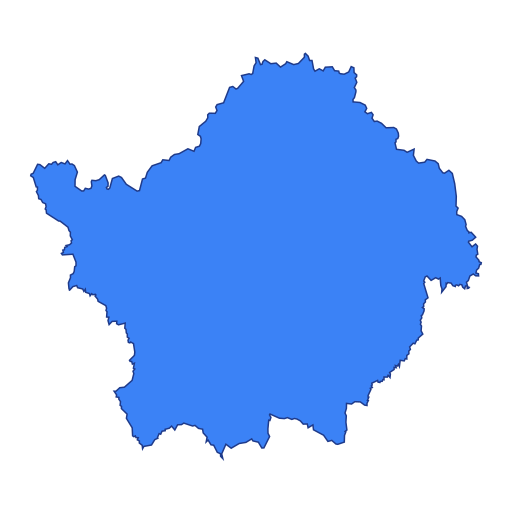 outline of San Sebastián del Oeste, Jalisco, Mexico
{"feature_id": "50627088B9683107212546", "entity_name": "San Sebastián del Oeste", "entity_type": "district", "adm_level": 2, "iso_a3": "MEX", "parent_name": "Mexico", "parent_adm1": "Jalisco", "projection": "equal_earth", "projection_center": [-104.835, 20.855], "detail": "fine", "context": "isolated", "style": "filled", "palette": "blue", "viewbox_px": 512, "rotation_deg": 0, "n_neighbors": 0, "source": "geoboundaries", "source_scale": "gbopen_adm2", "svg_char_len": 5988}
<svg xmlns="http://www.w3.org/2000/svg" viewBox="0 0 512 512"><path d="M452.3,173.4L448.9,170.3L444.5,173.2L442.8,172.8L439.3,168.3L438.2,163.7L435.0,161.0L427.0,159.4L424.7,162.2L418.6,163.1L416.3,161.1L413.4,155.4L414.1,149.1L407.1,152.3L404.1,150.3L396.5,149.3L395.0,142.8L396.0,141.9L396.0,139.3L397.8,138.5L398.6,136.2L398.3,133.1L396.4,129.0L393.7,127.5L386.1,127.8L381.5,123.3L377.1,121.1L374.3,121.5L372.0,118.2L373.1,114.8L371.4,112.4L367.4,113.7L364.9,111.8L366.7,108.4L365.2,105.1L360.0,102.5L353.1,101.9L353.0,99.4L354.4,97.7L355.9,91.9L355.9,90.0L354.3,87.6L356.8,82.3L355.2,78.1L356.6,76.7L356.7,74.9L354.1,72.6L353.9,67.8L351.2,66.6L348.7,72.0L344.2,74.2L340.3,73.7L339.2,73.0L338.7,71.1L334.6,70.7L332.3,66.8L325.3,67.2L323.2,70.9L319.3,68.8L315.0,71.2L313.6,69.0L312.0,60.5L309.6,60.5L308.1,56.1L305.4,53.4L304.4,54.2L304.4,57.2L298.4,63.5L293.7,64.6L286.8,61.7L285.7,63.7L280.5,67.1L276.2,63.1L270.8,63.7L264.8,59.8L263.0,61.5L262.0,64.3L260.5,64.6L257.9,58.2L255.4,57.5L256.1,62.7L254.1,65.9L252.7,73.5L251.2,74.5L249.1,73.8L241.5,75.6L243.6,81.4L237.6,88.4L236.0,89.0L232.8,86.5L229.6,87.4L223.6,102.8L217.1,104.6L215.7,107.0L217.0,110.5L215.3,113.3L209.3,113.2L207.7,114.8L207.8,117.8L205.7,121.3L199.3,126.5L197.8,134.5L200.4,136.3L201.1,138.9L200.7,143.6L199.4,146.2L195.6,147.4L194.0,151.3L187.9,148.8L179.1,153.7L174.4,154.5L170.7,157.2L169.1,160.5L162.8,159.8L161.1,162.7L152.1,165.8L147.3,172.3L145.5,178.1L142.5,179.0L139.5,190.6L137.1,191.1L126.3,184.3L121.5,177.5L118.7,176.1L112.4,178.5L109.8,188.0L108.4,189.3L107.0,189.0L106.4,187.4L108.0,186.3L108.1,182.9L105.3,175.4L104.4,174.9L99.2,179.7L95.8,180.7L91.9,180.3L91.3,181.8L91.9,185.9L91.0,188.3L88.6,189.1L85.3,188.3L83.7,190.9L81.7,191.0L75.0,186.3L75.1,179.7L77.4,172.1L74.4,165.6L72.0,164.0L70.0,164.2L67.5,160.6L65.0,163.9L61.2,162.5L57.8,164.8L55.7,161.7L53.1,162.5L51.5,164.3L48.8,163.8L44.7,168.3L39.9,164.6L37.6,164.3L33.2,173.3L31.1,174.2L30.7,175.8L33.3,177.5L36.2,186.9L37.5,187.1L37.4,190.3L36.4,191.6L38.4,195.5L38.7,198.7L41.0,199.5L42.7,202.5L45.6,203.8L46.1,206.7L45.2,209.0L46.1,209.8L46.5,213.2L58.6,221.0L60.1,221.1L68.0,227.2L69.0,230.6L70.4,232.2L70.3,235.9L72.3,239.7L71.1,240.7L71.5,243.0L69.6,244.7L66.1,245.5L67.1,246.6L64.7,247.4L64.4,249.8L62.8,250.1L63.4,252.5L61.4,253.4L62.4,254.9L72.9,254.2L76.0,262.1L76.0,265.8L74.7,266.7L74.2,271.4L73.2,273.6L70.4,275.1L70.5,277.7L68.4,282.9L69.0,288.9L69.7,289.3L69.2,290.6L72.9,286.6L76.7,285.5L77.6,287.7L82.7,289.0L83.9,291.4L85.3,289.3L85.7,292.3L89.5,293.6L90.1,295.8L91.7,293.7L92.8,294.7L95.4,294.3L95.9,295.0L95.1,296.1L97.6,299.1L98.1,301.3L105.8,305.6L106.6,308.2L106.0,310.5L107.0,311.7L106.6,317.0L108.9,317.2L108.0,320.6L109.1,324.6L112.1,321.4L116.8,321.2L116.6,323.7L118.5,324.8L125.2,323.1L124.8,328.2L126.0,329.4L126.3,332.9L127.3,333.9L127.3,337.1L129.1,338.3L128.0,340.2L128.4,342.4L129.9,342.9L130.7,342.0L133.5,343.6L134.8,352.1L134.4,355.4L129.5,360.3L130.1,361.4L131.7,361.5L132.4,364.1L134.4,363.2L133.4,368.3L134.8,369.0L133.0,371.2L133.8,373.6L132.1,380.4L124.4,387.2L119.8,387.7L116.0,391.2L114.1,391.2L116.6,394.9L116.2,396.9L118.9,397.4L118.8,399.1L120.5,401.6L120.1,405.3L121.5,406.4L121.4,408.6L127.1,414.1L126.4,418.3L132.2,427.8L132.6,435.8L133.9,436.7L135.3,435.9L136.0,437.6L138.2,437.7L137.3,439.8L139.4,441.0L139.3,443.0L142.2,445.3L142.6,448.7L143.9,446.4L151.5,445.0L154.8,439.6L157.9,438.2L157.5,437.4L159.1,433.6L160.7,434.2L162.0,431.2L165.2,430.7L165.1,429.3L169.3,428.2L171.6,426.1L174.8,430.0L177.6,424.8L181.5,424.6L183.8,423.1L192.6,426.0L195.0,425.4L198.5,428.4L202.6,429.2L203.2,432.9L207.1,437.2L206.2,441.9L208.1,440.1L211.0,444.8L213.7,445.2L217.3,452.3L220.5,453.7L220.6,456.3L222.8,458.6L221.7,453.9L225.9,444.2L231.2,448.2L239.2,443.5L245.9,442.4L251.7,438.9L252.9,440.9L258.4,442.2L261.8,448.0L263.9,447.9L269.6,436.5L268.0,433.3L267.9,428.9L268.7,420.2L269.9,420.5L270.9,417.4L269.5,414.9L270.0,414.0L279.4,418.2L284.4,418.6L287.4,417.6L291.8,419.4L294.4,418.5L296.9,419.0L300.4,420.9L303.2,424.1L307.3,424.0L308.1,427.8L312.9,424.9L313.5,429.8L323.6,435.2L327.9,441.4L331.8,440.4L335.9,444.0L337.8,444.3L344.3,442.1L344.5,435.4L345.8,431.9L345.1,431.4L346.9,430.0L345.9,422.2L346.3,415.8L345.0,413.0L346.4,408.4L346.5,403.4L351.6,404.0L354.8,401.7L360.3,401.9L364.6,405.1L367.0,405.5L367.0,403.3L368.3,400.6L367.4,400.4L368.8,397.2L368.1,397.1L368.1,395.5L370.9,389.5L370.3,388.3L372.3,387.5L371.3,385.9L372.2,385.0L371.8,383.2L377.6,380.4L378.0,382.1L379.9,382.5L380.4,381.4L382.2,381.3L382.9,379.6L384.0,379.8L384.0,377.0L387.3,377.1L388.1,375.3L390.0,377.5L390.4,374.0L389.6,372.5L394.1,369.5L394.1,367.4L396.2,367.7L395.4,365.5L397.5,366.0L398.4,364.3L399.4,366.5L400.2,360.3L404.2,360.9L405.3,358.6L406.8,359.0L406.8,355.4L408.9,353.8L408.8,351.1L410.4,349.4L409.6,346.9L413.2,343.2L414.9,343.8L416.7,340.2L418.2,339.9L418.3,338.0L422.8,334.1L421.1,330.8L421.5,326.0L420.4,324.3L421.1,322.2L420.3,320.2L421.8,317.9L421.3,315.6L422.4,314.9L424.0,311.0L424.2,308.8L422.4,307.5L423.7,306.5L423.6,303.8L425.4,302.0L425.3,299.8L428.0,297.8L423.7,283.5L424.8,282.2L423.7,281.0L425.2,276.9L427.0,276.0L431.1,280.4L435.7,277.7L438.5,279.1L440.2,278.0L440.8,285.5L442.0,288.9L441.7,292.2L446.0,286.7L446.2,283.5L446.7,284.0L447.7,282.6L451.1,283.1L452.9,285.7L455.3,286.5L455.5,285.3L456.8,284.9L458.6,285.8L459.8,284.4L461.8,284.8L462.7,287.2L464.7,288.8L465.5,286.0L467.2,285.8L467.2,288.5L468.6,288.2L469.2,287.4L467.8,286.9L466.4,282.2L468.3,280.6L469.9,276.0L473.3,274.0L475.7,275.8L478.6,275.9L478.4,273.7L475.9,273.0L476.6,270.0L478.6,268.2L479.7,264.5L480.9,264.4L481.3,262.7L479.1,261.7L478.9,260.3L476.0,256.9L476.3,255.1L477.8,254.2L477.0,249.3L477.5,246.2L475.6,244.0L472.0,246.8L468.4,242.2L468.7,241.2L472.3,240.2L475.7,237.2L471.2,232.3L468.8,232.8L468.8,231.6L467.4,230.7L465.6,226.4L466.1,224.5L464.8,219.7L461.6,216.4L456.8,214.6L456.7,211.6L458.1,208.1L456.0,206.1L456.3,196.4L454.7,183.7L452.3,173.4Z" fill="#3b82f6" stroke="#1e3a8a" stroke-width="1.5"/></svg>